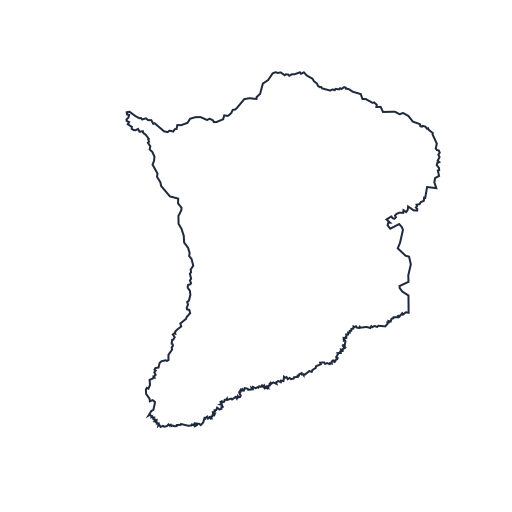 outline of Ariguaní, Magdalena, Colombia, rotated 105°
{"feature_id": "7082276B61521113945652", "entity_name": "Ariguaní", "entity_type": "district", "adm_level": 2, "iso_a3": "COL", "parent_name": "Colombia", "parent_adm1": "Magdalena", "projection": "albers", "projection_center": [-74.033, 9.809], "detail": "fine", "context": "isolated", "style": "outline", "palette": "slate", "viewbox_px": 512, "rotation_deg": 105, "n_neighbors": 0, "source": "geoboundaries", "source_scale": "gbopen_adm2", "svg_char_len": 6087}
<svg xmlns="http://www.w3.org/2000/svg" viewBox="0 0 512 512"><g transform="rotate(105 256 256)"><path d="M271.3,93.9L254.7,98.5L252.5,105.5L249.8,108.9L247.9,109.6L241.5,102.0L235.3,103.9L224.0,104.3L217.0,108.0L217.0,111.6L211.9,121.1L206.2,120.3L192.8,120.8L190.4,122.5L188.1,126.0L194.9,133.4L192.2,136.9L189.5,136.8L189.1,135.2L186.9,139.4L182.8,135.5L184.2,133.6L184.2,131.9L182.3,130.9L180.9,132.2L179.0,131.2L177.0,128.6L176.2,124.9L173.6,125.4L174.7,122.3L172.2,121.4L168.8,121.9L171.1,115.6L170.4,112.1L168.8,112.4L167.8,114.1L166.1,113.4L164.9,114.2L163.6,111.4L161.3,110.8L159.3,108.2L156.1,108.7L156.1,107.6L145.1,108.6L143.8,99.4L138.7,102.8L134.4,103.2L131.3,99.9L126.4,102.5L125.7,101.3L123.6,102.0L121.4,105.0L119.3,105.0L117.8,103.3L117.0,105.2L112.9,104.3L111.0,106.1L108.6,105.3L106.8,106.7L106.8,108.7L105.7,110.2L100.7,110.4L92.9,116.9L91.5,117.0L89.4,121.9L88.1,122.8L88.8,123.7L87.2,125.8L87.2,128.8L88.1,129.2L88.1,130.8L86.2,131.9L85.6,139.3L81.2,145.2L79.8,151.1L81.9,153.9L80.7,159.2L84.0,170.6L79.7,174.2L80.9,178.3L78.7,178.5L77.1,181.5L77.9,183.1L76.0,190.6L76.8,193.8L72.5,196.7L72.3,205.0L70.8,209.6L71.1,212.5L70.2,212.8L70.1,214.6L72.6,216.7L72.2,218.2L73.6,219.0L74.0,222.4L75.5,222.9L75.3,225.2L77.0,227.2L77.0,235.4L75.9,236.8L76.4,238.0L75.7,240.1L73.6,241.8L72.3,245.1L70.1,247.4L68.5,253.7L66.2,257.3L68.4,259.7L67.2,261.1L70.6,266.0L71.1,268.3L73.3,270.5L72.4,271.8L72.8,274.2L74.0,275.1L72.3,279.6L73.6,282.5L73.4,284.6L75.3,287.2L82.9,289.8L87.7,294.0L98.3,294.0L102.3,296.5L104.2,296.2L105.3,303.2L107.5,307.9L118.2,312.9L119.9,314.0L120.9,316.3L124.3,316.9L126.9,318.5L128.0,319.6L128.4,323.1L132.4,323.1L136.8,328.8L137.6,331.4L136.1,332.7L135.4,336.4L137.3,338.4L136.2,345.5L137.6,350.5L140.5,355.2L145.1,356.6L149.0,362.2L149.9,365.9L153.8,365.6L154.6,367.3L157.2,368.2L157.3,372.0L159.2,373.4L159.4,377.0L154.0,388.3L154.9,389.5L151.9,392.3L152.7,395.4L151.5,397.9L153.6,401.3L152.5,402.8L153.1,404.3L152.0,408.9L149.4,415.4L150.6,418.1L152.7,417.2L152.5,415.1L155.3,415.0L157.6,416.4L159.0,415.9L159.5,413.2L161.9,414.0L163.4,409.3L165.4,409.0L166.0,406.7L165.7,404.9L163.8,402.8L166.1,400.7L164.8,397.6L166.2,396.9L167.6,393.6L170.6,389.9L171.2,390.3L173.3,388.9L174.7,389.7L177.3,386.5L180.6,386.3L182.3,383.1L186.3,379.8L190.5,379.1L194.5,379.6L201.8,372.5L205.1,372.1L209.6,367.4L212.9,365.8L220.7,354.6L220.7,346.0L225.4,344.9L228.7,340.4L231.3,340.0L237.4,341.3L245.0,339.1L249.0,335.0L255.2,331.0L261.6,328.9L265.7,323.7L270.3,320.9L273.4,320.5L275.4,317.6L281.6,314.1L286.0,315.6L288.6,314.5L290.2,315.3L294.7,312.8L296.8,313.5L299.0,311.7L300.3,312.1L301.5,314.1L302.9,314.1L304.4,313.7L306.7,310.9L310.6,309.3L316.6,309.3L318.3,310.6L320.5,309.1L324.0,309.5L325.4,308.8L325.3,306.5L328.3,304.8L332.9,307.2L334.8,307.3L340.8,311.6L343.4,310.0L348.2,313.6L350.3,314.5L351.8,313.9L351.6,314.7L353.3,316.0L355.5,313.5L358.3,314.3L358.7,315.3L362.5,314.8L362.9,313.6L364.3,313.0L366.2,313.8L368.1,312.8L374.1,315.0L379.2,313.6L380.5,315.0L380.1,316.3L382.2,320.1L384.1,321.4L389.0,321.3L390.2,324.1L392.1,324.6L392.7,323.2L394.7,324.1L396.8,322.2L398.4,323.2L399.5,322.7L399.2,323.8L400.6,323.5L403.2,326.7L408.0,325.0L412.0,325.6L411.6,327.3L413.5,327.8L417.7,326.4L421.4,321.9L423.8,320.9L422.0,318.6L423.0,316.0L424.1,315.6L431.2,315.3L432.8,317.0L438.0,318.5L436.8,317.3L437.6,315.6L438.6,315.4L437.9,314.7L438.7,314.4L438.4,312.7L439.8,313.1L440.0,311.4L441.5,311.4L440.2,309.6L441.4,309.4L442.1,310.5L442.4,308.8L443.6,308.5L442.9,306.7L445.3,306.5L444.1,305.7L445.8,303.9L444.1,301.9L444.7,300.6L443.4,298.1L441.3,296.9L442.2,295.6L441.1,294.7L442.2,293.8L441.4,293.1L441.5,290.5L440.9,288.7L439.8,288.8L438.6,285.1L437.7,284.9L437.5,277.3L436.4,274.6L435.3,274.3L435.7,272.8L434.2,272.2L436.2,270.9L434.5,269.3L433.3,270.5L432.8,267.3L433.6,265.6L430.5,263.9L426.0,263.8L426.8,262.2L425.6,263.1L423.7,261.4L425.4,260.2L423.7,258.7L424.8,257.6L424.5,256.9L423.1,258.4L422.4,256.8L421.0,256.8L420.9,255.2L419.3,254.9L419.5,256.6L418.1,257.3L417.0,255.2L415.8,256.1L414.9,254.4L412.6,254.3L413.7,251.5L412.5,249.8L411.1,250.3L410.3,249.1L408.7,250.6L408.7,252.1L407.8,250.9L406.2,252.5L405.1,251.4L405.9,250.5L405.0,249.0L403.0,249.0L402.6,247.5L401.2,247.1L402.4,246.4L400.2,243.2L400.8,242.0L397.3,239.1L398.7,237.6L396.0,237.3L397.0,236.1L396.2,234.8L394.7,234.7L393.0,236.4L391.6,235.9L391.6,236.9L388.9,236.0L389.4,235.3L388.3,234.7L389.4,233.9L389.1,232.8L386.5,232.7L386.4,229.6L387.3,228.9L385.9,225.4L384.5,226.2L385.1,224.7L383.3,225.0L383.8,222.0L382.3,220.6L382.5,219.6L381.0,219.2L381.1,217.4L379.4,216.7L380.3,215.6L379.1,214.8L380.0,214.5L379.7,212.9L381.1,214.0L381.7,213.3L380.7,212.2L380.9,211.1L379.5,211.3L380.2,209.9L378.3,210.5L377.4,209.1L376.1,209.8L374.6,209.0L375.4,208.1L373.6,206.5L374.2,203.2L373.1,204.0L371.0,202.2L371.5,199.4L369.9,199.7L369.7,197.1L365.4,197.7L366.1,196.4L365.0,195.2L366.8,193.5L365.1,192.0L365.9,190.2L364.6,187.9L363.3,187.9L362.0,184.4L360.8,184.8L360.5,183.6L359.1,183.7L357.3,181.6L358.6,180.9L358.1,179.7L358.8,179.0L357.9,179.1L357.7,177.9L353.4,174.8L353.5,172.2L351.6,172.0L348.6,169.3L347.0,169.5L343.8,165.4L342.4,166.4L341.2,162.6L342.3,161.3L341.0,159.4L341.4,156.9L340.4,156.8L340.3,154.9L338.5,155.6L337.2,154.8L337.9,153.2L336.9,153.3L337.2,152.2L335.2,151.9L334.7,150.9L333.4,150.7L332.8,152.4L329.6,151.4L328.7,152.1L327.8,149.1L326.5,149.9L325.8,148.7L324.6,149.5L324.9,147.8L323.4,148.2L322.1,146.6L320.8,148.2L320.6,146.8L319.4,148.3L319.0,147.2L315.0,147.6L314.3,148.6L314.9,149.3L312.4,150.2L312.1,148.6L310.4,148.2L312.6,147.3L308.4,148.5L308.0,146.7L306.0,147.2L305.8,145.6L304.1,146.0L303.5,144.6L301.8,145.0L300.9,143.2L298.9,143.6L299.2,142.6L298.0,141.3L299.0,140.2L298.9,137.8L297.5,137.5L298.2,136.5L295.9,130.9L296.0,127.0L294.0,126.5L294.7,125.3L292.9,123.4L293.2,120.7L291.7,119.7L290.5,112.9L287.5,111.4L286.2,111.9L285.8,110.6L284.5,111.2L284.5,109.0L281.5,108.8L280.6,107.2L279.5,107.3L278.5,103.1L277.4,103.5L276.8,102.7L277.4,101.7L273.5,100.0L274.6,98.9L271.6,96.7L271.3,93.9Z" fill="none" stroke="#1e293b" stroke-width="2"/></g></svg>